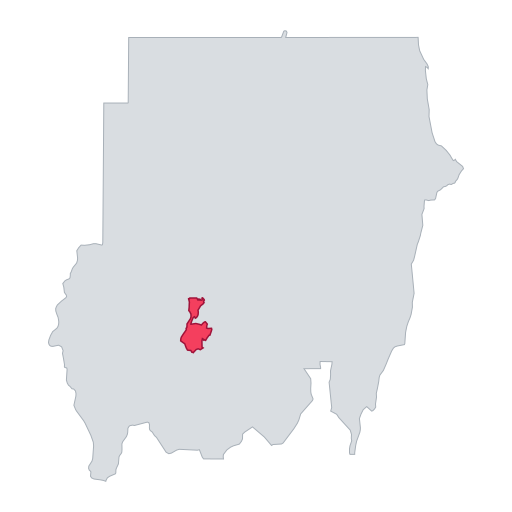 Wad Bandah, North Kordufan, Sudan shown in context
{"feature_id": "16777658B16794991274557", "entity_name": "Wad Bandah", "entity_type": "district", "adm_level": 2, "iso_a3": "SDN", "parent_name": "Sudan", "parent_adm1": "North Kordufan", "projection": "equal_earth", "projection_center": [27.688, 13.304], "detail": "fine", "context": "in_parent", "style": "filled", "palette": "rose", "viewbox_px": 512, "rotation_deg": 0, "n_neighbors": 0, "source": "geoboundaries", "source_scale": "gbopen_adm2", "svg_char_len": 6221}
<svg xmlns="http://www.w3.org/2000/svg" viewBox="0 0 512 512"><path d="M354.7,454.4L350.0,454.4L349.5,452.9L349.5,448.8L350.0,445.8L351.7,440.9L351.3,438.2L351.5,434.4L350.2,430.1L338.9,417.7L336.7,414.3L330.7,411.1L331.7,407.6L329.1,382.2L330.3,379.3L330.6,374.8L330.5,370.9L331.9,364.4L332.1,361.7L320.1,361.5L320.0,364.3L320.6,367.4L320.6,368.6L304.0,368.7L310.7,378.7L311.0,383.1L310.7,388.5L310.8,392.0L311.2,394.3L313.0,398.7L312.9,399.6L312.4,400.6L300.7,413.9L298.8,420.1L297.3,423.3L293.8,428.8L283.1,443.0L281.4,444.0L273.2,444.5L272.4,444.8L271.7,445.5L271.4,445.3L264.3,437.0L252.5,426.9L244.7,432.1L242.6,434.1L242.5,438.9L241.4,441.4L239.3,444.1L233.5,445.8L230.5,447.2L226.9,449.9L223.4,454.5L223.2,456.9L223.5,459.0L203.6,458.9L202.3,457.2L199.4,449.7L197.4,450.2L179.2,449.3L176.6,450.1L171.4,453.1L168.8,453.7L166.1,452.2L156.5,437.4L154.5,435.6L152.3,432.1L150.3,430.6L149.6,429.4L149.4,427.8L149.5,424.6L148.8,422.6L147.3,422.1L134.4,425.5L132.6,425.1L129.9,425.7L129.0,426.4L127.9,428.3L127.7,432.4L127.3,434.4L126.4,436.6L122.7,441.7L121.9,443.9L122.0,449.4L121.8,452.2L121.2,453.5L119.6,455.6L119.0,456.9L118.4,463.9L116.4,468.2L115.9,469.8L115.8,472.9L115.4,473.8L109.6,476.3L107.4,477.8L106.1,480.2L105.8,481.3L103.3,480.4L100.1,479.8L94.0,479.0L91.6,477.9L90.5,476.2L90.9,471.9L90.3,471.0L89.3,470.2L88.6,468.4L88.8,466.1L92.0,461.1L92.7,458.5L93.6,446.0L93.3,442.2L90.8,435.2L85.1,423.2L83.7,420.8L76.4,410.9L75.6,409.5L73.9,405.3L75.9,396.1L76.0,393.6L75.5,391.0L73.7,389.0L72.0,388.8L69.9,386.3L68.5,385.2L67.3,383.1L66.4,380.1L67.1,369.3L66.7,367.9L64.8,367.5L64.4,366.7L64.5,364.6L63.5,358.5L62.5,353.4L63.1,350.6L61.6,346.8L58.6,345.2L52.8,346.4L51.0,346.2L49.8,345.5L48.9,344.1L48.5,342.4L48.9,339.9L50.6,335.4L52.7,331.6L56.9,328.2L58.0,326.4L58.6,324.4L58.8,322.0L58.5,319.6L58.1,317.4L56.9,314.4L55.8,311.0L55.7,308.6L56.3,306.9L57.4,304.9L61.6,301.0L65.9,297.7L66.6,296.5L66.3,295.1L64.4,292.4L63.8,287.2L62.8,283.5L65.0,280.8L66.6,279.8L69.0,278.9L70.0,277.8L70.3,275.6L70.3,273.5L71.2,271.9L72.4,268.6L73.4,267.0L76.6,263.1L77.4,260.6L77.6,258.1L76.8,250.7L78.7,247.7L81.1,245.1L84.5,245.3L89.8,244.7L93.4,243.7L96.0,243.7L101.9,245.1L102.5,244.5L102.8,242.5L103.8,103.0L127.9,103.0L128.2,102.8L128.7,37.5L280.3,37.5L281.5,37.3L283.8,31.2L284.9,30.7L286.4,31.1L287.0,32.5L285.7,37.5L418.1,37.4L418.5,44.9L419.7,50.8L423.7,59.4L427.0,63.9L428.2,66.5L428.3,67.7L428.2,68.7L427.2,67.5L425.5,66.6L425.4,70.6L426.3,78.8L427.8,84.6L426.9,89.9L427.3,98.9L429.2,109.7L429.0,116.6L432.1,132.8L435.0,141.7L436.5,143.9L438.2,145.1L441.4,145.9L446.2,150.4L450.1,155.3L451.5,157.8L453.3,160.6L454.6,160.1L455.3,159.3L456.6,161.6L462.6,166.4L463.5,168.7L461.5,170.9L459.1,174.7L457.9,178.2L457.3,179.3L455.4,181.5L455.1,182.6L454.2,183.3L453.3,183.3L451.3,184.5L449.5,184.1L447.6,184.8L447.0,185.6L445.5,186.4L443.5,186.8L440.5,189.8L437.8,191.2L436.9,192.4L435.6,198.4L434.6,199.9L430.6,200.1L428.7,200.6L426.0,199.9L424.7,200.0L424.4,201.3L424.0,206.4L424.1,208.6L421.9,214.4L422.8,225.3L420.7,233.5L420.4,235.4L418.3,241.9L417.3,244.3L414.6,256.4L413.6,260.2L411.3,264.1L414.1,293.3L412.3,302.3L412.4,307.2L411.1,314.4L410.0,317.8L408.3,321.8L406.8,326.3L405.6,332.3L404.8,343.6L404.4,344.6L397.3,346.0L395.0,346.8L393.5,348.0L391.7,350.9L388.2,358.9L386.3,363.7L383.4,370.4L379.9,375.1L379.2,377.4L378.7,381.7L377.4,388.5L376.3,393.3L376.5,397.1L375.5,403.9L375.7,407.1L374.5,409.0L372.8,410.7L371.7,411.1L366.7,406.6L363.2,409.7L361.0,414.1L359.4,418.5L360.4,427.8L360.3,429.8L359.9,432.1L356.6,441.2L355.7,445.4L354.7,452.7L354.7,454.4Z" fill="#d9dde1" stroke="#a8b0b8" stroke-width="1"/><path d="M189.4,302.6L189.3,303.2L189.3,303.5L189.2,305.6L189.2,305.9L189.2,306.5L189.1,307.9L189.1,308.2L189.0,308.4L189.0,308.8L188.8,310.4L188.8,310.6L189.6,311.6L189.8,311.8L190.3,312.8L190.4,313.0L190.5,313.3L190.6,313.5L190.8,313.7L190.9,313.8L190.9,314.3L191.0,314.9L191.0,315.1L191.0,315.3L191.0,315.6L191.0,316.0L191.0,316.5L191.0,317.1L190.7,317.8L190.6,318.2L190.5,318.4L190.4,318.8L190.0,319.4L189.5,320.1L188.6,321.5L188.4,321.8L187.7,322.9L187.4,323.4L187.2,323.7L187.0,323.9L187.0,324.4L187.0,325.0L187.0,326.2L186.9,326.4L186.9,326.9L186.8,327.5L186.7,327.7L186.6,327.8L186.5,328.0L186.2,328.2L186.2,328.4L186.1,328.5L186.1,328.8L186.3,329.3L186.3,329.5L186.1,330.0L185.9,330.4L185.5,330.9L184.6,332.3L184.3,332.6L183.6,333.7L183.4,333.9L183.4,334.0L183.0,334.6L182.9,334.7L182.2,335.8L182.0,336.1L181.5,336.9L181.3,337.2L181.2,337.6L180.9,338.5L180.8,339.4L180.7,340.3L180.7,340.7L180.7,340.9L180.8,341.0L181.0,341.1L182.8,342.4L184.8,343.8L185.5,345.9L186.3,348.0L187.5,350.1L187.9,350.1L188.7,350.3L189.8,350.4L190.7,350.4L191.4,351.4L191.8,352.2L192.7,352.3L193.2,352.7L196.2,349.5L198.2,348.8L200.3,349.7L203.1,347.9L202.0,347.1L202.0,345.6L201.9,341.1L202.4,338.6L203.4,339.2L203.4,339.9L203.9,340.3L204.6,339.8L205.6,340.4L207.1,337.9L209.1,335.2L209.9,335.2L211.3,331.2L211.8,329.4L211.5,328.3L207.9,328.5L206.6,328.1L206.8,325.6L207.3,324.1L206.3,322.9L205.4,321.8L204.5,322.0L203.1,323.1L201.4,325.0L199.3,324.3L195.8,323.5L191.2,324.2L190.8,324.1L191.6,321.3L193.2,317.6L194.4,316.7L195.0,317.3L195.3,318.2L196.2,317.7L196.8,317.1L197.6,315.9L198.1,314.5L198.3,312.1L198.0,310.2L200.6,305.8L203.1,303.9L204.0,302.7L203.7,302.5L203.7,302.4L203.7,301.9L203.6,301.3L203.7,301.1L203.9,300.9L204.0,300.7L204.0,300.4L204.1,300.2L204.2,300.3L204.3,300.2L204.2,299.8L204.2,299.7L203.6,298.9L203.4,298.8L203.3,298.7L203.1,298.4L202.9,298.2L202.7,297.9L202.4,297.8L202.1,297.9L202.0,298.1L202.0,298.4L202.0,298.5L202.0,298.8L202.2,299.2L202.2,299.3L202.0,300.1L201.4,300.2L200.3,300.1L200.0,299.8L199.9,299.6L199.8,299.4L199.9,299.6L200.1,299.7L200.2,299.4L200.0,299.2L198.9,299.1L199.1,299.6L199.3,299.8L199.3,300.0L199.2,300.0L199.2,299.9L198.9,299.5L198.6,299.6L198.3,299.9L197.9,300.0L197.6,299.4L197.1,298.7L196.7,298.0L196.4,298.0L196.2,298.0L195.2,298.0L194.0,298.0L193.8,298.0L193.4,298.0L193.0,298.0L192.8,298.0L192.5,298.0L192.4,298.0L191.4,298.0L190.9,298.0L190.7,298.0L190.1,298.0L189.8,298.0L189.4,298.8L189.2,298.8L188.8,298.7L188.6,298.7L188.6,299.1L188.7,299.3L189.2,301.1L189.3,301.8L189.4,302.5L189.4,302.6Z" fill="#f43f5e" stroke="#9f1239" stroke-width="1.5"/></svg>